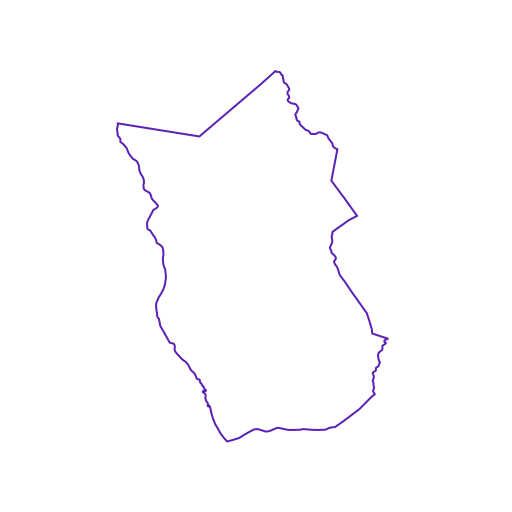 Curaren, Francisco Morazán, Honduras (Mercator projection), rotated 327°
{"feature_id": "27666195B74261140264311", "entity_name": "Curaren", "entity_type": "district", "adm_level": 2, "iso_a3": "HND", "parent_name": "Honduras", "parent_adm1": "Francisco Morazán", "projection": "mercator", "projection_center": [-87.56, 13.833], "detail": "fine", "context": "isolated", "style": "outline", "palette": "violet", "viewbox_px": 512, "rotation_deg": 327, "n_neighbors": 0, "source": "geoboundaries", "source_scale": "gbopen_adm2", "svg_char_len": 6130}
<svg xmlns="http://www.w3.org/2000/svg" viewBox="0 0 512 512"><g transform="rotate(327 256 256)"><path d="M362.6,277.4L361.6,255.7L360.2,233.9L382.4,210.8L381.9,210.2L380.9,208.1L380.4,207.0L380.3,206.5L380.4,206.0L380.5,205.4L380.8,204.6L381.2,203.6L381.4,203.1L381.3,202.2L381.1,200.9L381.1,199.7L380.8,196.5L381.0,195.7L381.4,194.3L381.4,193.6L381.3,193.2L380.9,192.5L380.0,191.3L378.4,188.6L377.6,187.7L376.8,187.0L376.1,186.6L375.6,186.4L373.8,186.4L372.7,186.3L372.5,186.2L372.2,186.0L371.5,185.4L368.9,183.9L368.6,183.6L368.5,183.3L368.4,180.6L368.3,180.0L368.2,179.7L366.4,177.4L365.3,173.2L364.9,171.2L364.6,169.7L364.6,169.1L365.4,167.4L365.5,166.8L365.3,166.3L364.8,166.0L364.5,165.4L364.4,164.8L364.4,164.2L364.7,163.0L365.5,161.0L365.7,160.0L365.7,159.3L365.8,159.0L366.0,158.8L366.6,158.4L368.4,157.7L369.4,157.0L371.5,155.8L371.8,155.5L372.1,154.7L372.2,153.4L372.2,151.9L372.1,151.0L371.9,150.3L371.5,149.7L369.4,147.8L368.6,146.8L368.2,146.0L367.4,144.2L367.3,143.8L367.3,143.3L367.5,142.5L367.8,142.1L368.3,141.8L369.1,141.7L369.7,141.5L370.1,141.3L370.3,141.0L370.6,140.2L370.8,139.4L370.9,138.8L370.7,138.1L370.7,137.6L370.9,136.9L371.1,136.4L371.6,135.9L372.2,135.6L373.1,135.1L373.9,134.9L374.3,134.8L374.7,134.4L374.9,133.9L375.0,133.4L375.1,131.7L375.2,129.6L375.2,128.7L375.1,128.1L374.1,126.2L374.0,125.6L374.1,125.0L374.4,124.3L374.7,123.6L375.3,122.6L375.4,121.8L376.2,120.0L376.6,119.5L376.6,119.4L376.6,118.9L376.1,117.8L376.0,117.4L376.0,116.6L376.3,116.0L376.3,115.6L376.2,115.1L375.8,114.4L373.8,112.9L373.3,112.2L373.1,111.5L353.7,114.5L273.6,124.9L212.3,69.5L211.6,70.7L211.2,71.3L210.3,72.2L209.3,73.0L208.6,73.8L208.0,74.9L206.5,78.3L206.1,78.7L205.9,79.1L205.7,79.6L205.7,80.2L205.8,81.6L206.0,83.1L206.0,83.8L205.8,84.3L204.6,85.9L204.5,86.3L204.5,86.6L205.6,89.9L206.0,92.4L206.2,94.2L206.2,95.2L205.4,99.5L205.2,101.0L205.2,102.4L205.6,106.6L205.8,107.9L206.6,109.1L207.4,111.1L207.6,111.8L207.6,112.5L207.3,114.8L206.9,116.6L206.4,117.7L205.0,120.2L204.6,121.6L204.2,123.1L204.1,127.2L204.0,128.6L203.8,129.6L203.4,130.7L202.9,132.0L202.3,133.1L201.7,133.8L200.5,134.9L199.6,136.2L198.9,137.7L198.5,138.8L198.6,139.6L198.8,140.6L201.0,144.7L201.2,145.3L201.2,145.8L201.0,146.8L200.9,147.7L200.1,150.2L199.9,151.6L200.1,153.6L201.0,157.4L201.1,160.2L201.0,160.6L200.8,160.9L200.6,161.1L199.5,161.4L198.2,161.6L196.6,161.5L195.4,161.5L194.9,161.6L194.4,161.7L193.6,162.2L192.3,163.1L189.7,164.4L187.7,165.7L186.2,166.3L185.4,166.8L184.6,167.4L183.5,168.2L182.6,169.0L182.2,169.6L180.2,173.0L180.0,173.6L179.9,174.1L180.0,174.6L180.1,175.0L180.5,175.9L181.0,176.7L181.2,177.4L181.1,180.2L181.2,183.3L181.3,185.0L181.3,186.1L181.1,187.3L180.7,188.6L180.2,190.1L180.0,191.2L181.3,193.7L182.2,196.6L182.3,197.5L182.2,198.2L181.9,199.2L181.6,200.0L181.2,200.7L181.1,201.3L180.3,202.3L179.4,204.0L179.0,204.7L178.1,205.6L176.9,206.6L176.5,207.5L175.7,208.9L174.9,210.4L174.0,211.9L173.7,212.6L173.1,214.6L172.7,217.1L172.4,218.0L171.5,219.8L170.2,222.5L168.8,224.8L168.1,225.9L166.5,227.5L164.9,229.4L164.1,230.3L162.8,231.4L160.2,233.5L159.5,233.9L157.8,234.7L155.7,236.0L151.4,237.9L150.4,238.8L148.4,240.0L147.0,241.0L146.3,241.7L145.7,242.5L144.2,244.8L141.9,249.8L141.0,251.4L140.6,252.2L140.2,253.3L140.1,254.3L140.1,255.0L140.4,255.8L137.6,262.6L137.3,270.2L137.0,272.8L136.9,276.0L136.5,280.2L136.6,281.9L137.8,283.2L138.6,284.0L139.2,284.9L139.1,286.4L138.6,287.8L136.8,290.1L136.2,291.7L136.4,294.2L137.6,301.4L138.3,304.0L139.3,306.1L139.9,310.3L139.3,315.4L139.6,317.5L140.3,320.4L140.4,321.9L140.0,324.4L139.5,326.4L139.7,327.0L140.0,327.6L141.0,328.4L141.2,328.7L141.3,329.0L141.3,329.4L141.1,329.8L140.8,330.5L140.4,331.1L140.3,331.6L140.7,334.0L140.3,335.4L140.4,335.7L140.9,336.6L141.0,337.0L140.9,337.4L140.4,338.0L140.3,338.4L140.5,339.9L140.8,340.7L140.9,341.3L140.8,341.5L140.7,341.7L140.5,341.8L140.3,341.8L139.1,340.9L138.5,340.6L138.1,340.5L137.6,340.8L137.3,341.3L137.3,341.5L137.5,341.9L137.7,342.3L138.1,342.6L138.1,342.8L138.3,343.7L138.3,344.4L137.7,345.4L137.5,346.1L137.3,346.4L136.1,347.4L136.0,347.8L135.9,348.4L135.8,348.9L135.7,349.2L135.4,349.6L135.3,351.3L135.5,352.0L135.5,352.7L134.9,354.2L134.5,354.7L134.0,355.2L133.8,355.8L133.9,356.0L134.1,356.3L134.4,356.5L134.8,356.5L135.2,356.3L135.3,357.3L134.6,359.5L133.0,363.4L131.3,369.2L130.2,374.9L130.0,380.7L129.6,385.3L130.0,391.0L130.8,395.9L137.2,397.9L142.9,399.5L147.6,399.5L151.9,399.7L156.3,400.0L160.1,400.4L163.3,402.2L168.6,408.6L171.9,410.2L179.9,411.5L181.8,412.9L188.2,419.3L193.1,422.6L198.6,425.8L201.4,426.9L208.2,432.2L213.0,435.5L219.6,439.5L222.7,439.9L225.2,440.5L227.8,441.8L229.0,442.5L240.3,442.1L259.4,440.7L276.9,436.9L280.2,436.7L280.4,436.0L280.4,433.8L280.5,433.2L281.0,432.6L281.8,431.9L282.5,431.3L283.3,430.9L283.4,430.7L284.1,428.5L285.5,426.2L285.7,425.1L286.0,424.2L286.3,423.9L286.6,423.6L288.0,422.7L288.8,421.8L289.2,421.1L289.5,420.3L289.9,418.3L290.1,417.9L290.3,417.6L290.6,417.4L291.0,417.3L293.1,417.4L293.7,417.4L294.0,417.3L294.3,417.1L294.6,416.8L295.2,415.7L295.5,415.3L296.1,415.1L298.1,415.1L298.5,415.1L298.9,414.9L299.9,414.0L301.7,413.0L301.9,412.7L301.9,412.1L302.2,411.0L302.4,409.9L303.7,406.7L304.2,405.9L304.6,405.3L305.1,404.8L305.6,404.4L306.4,404.0L307.0,403.8L309.8,403.5L310.4,403.4L311.0,403.1L311.3,402.9L312.6,401.0L313.0,400.3L313.2,400.1L314.0,400.1L315.3,400.1L316.2,400.1L316.8,400.0L317.3,399.9L317.5,399.6L317.5,399.4L317.1,397.9L317.0,397.5L317.2,397.3L317.7,397.0L318.4,396.8L319.4,396.7L320.6,397.1L321.2,397.2L321.9,397.5L311.3,384.4L313.2,380.7L315.6,372.6L317.8,364.3L316.7,338.5L316.5,325.9L315.9,318.2L316.1,316.6L317.4,312.2L317.7,310.9L317.9,309.5L317.8,306.1L318.0,304.3L318.1,303.7L318.3,303.3L318.8,303.0L320.5,302.3L321.4,301.8L321.8,301.3L322.1,300.6L322.2,299.4L321.8,297.0L321.3,295.7L321.2,295.1L321.1,294.6L321.3,293.9L321.7,293.1L322.0,292.2L322.1,291.7L322.1,290.6L322.2,290.1L322.3,289.8L322.6,289.3L323.0,288.9L326.4,286.7L327.3,286.0L327.7,285.5L328.3,284.7L329.8,281.3L330.7,280.3L331.9,279.3L332.2,279.0L332.7,278.0L333.5,277.4L353.4,276.5L362.6,277.4Z" fill="none" stroke="#5b21b6" stroke-width="2"/></g></svg>